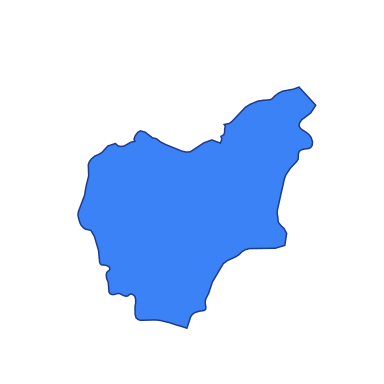 SVG path tracing the border of Brasov, rotated 293°
{"feature_id": "ROU-305", "entity_name": "Brasov", "entity_type": "County", "adm_level": 1, "iso_a3": "ROU", "parent_name": "Romania", "parent_adm1": "", "projection": "albers", "projection_center": [25.29, 45.778], "detail": "fine", "context": "isolated", "style": "filled", "palette": "blue", "viewbox_px": 384, "rotation_deg": 293, "n_neighbors": 0, "source": "natural_earth", "source_scale": "10m", "svg_char_len": 2002}
<svg xmlns="http://www.w3.org/2000/svg" viewBox="0 0 384 384"><g transform="rotate(293 192 192)"><path d="M202.3,280.9L198.5,282.8L197.1,284.5L195.5,287.9L194.5,290.8L190.9,295.3L179.2,298.3L172.8,290.7L162.3,266.9L159.5,263.4L156.4,261.2L153.4,260.1L150.0,258.0L142.9,251.5L138.3,248.8L117.1,245.9L105.3,246.9L99.6,246.5L97.3,246.7L95.0,247.5L91.6,249.7L89.3,250.4L87.8,249.6L86.5,247.6L85.0,245.1L82.0,241.6L79.6,240.2L76.6,239.5L64.6,240.5L64.2,234.9L63.6,230.8L63.0,222.9L61.5,213.8L60.7,210.6L59.5,207.3L53.7,194.6L53.6,191.8L54.5,189.5L57.4,187.3L64.3,184.3L67.8,183.5L71.1,182.1L73.7,180.1L74.6,177.2L74.2,175.4L72.9,174.3L71.6,173.7L70.4,172.4L70.0,170.6L70.0,168.3L70.3,165.3L69.5,163.2L67.0,160.1L66.3,158.5L66.4,156.3L67.6,154.6L76.1,150.2L79.0,147.2L82.3,145.4L84.5,145.0L86.1,145.5L87.5,146.4L88.8,146.5L90.4,145.6L91.0,143.0L90.8,140.9L89.6,137.3L90.0,135.7L91.3,134.4L101.8,128.7L113.1,119.4L117.2,113.9L116.1,108.2L116.7,105.9L118.0,103.1L119.8,100.9L124.1,97.4L126.6,95.9L129.4,95.1L146.8,94.4L156.3,92.2L166.4,90.6L176.8,85.8L180.0,85.7L183.1,86.5L187.1,88.5L190.2,91.5L193.1,93.6L201.5,96.6L206.7,102.5L205.5,106.2L206.1,108.6L207.7,111.5L213.9,116.2L216.4,119.7L218.1,117.9L221.8,117.8L225.7,118.8L228.1,120.6L228.8,125.4L226.4,134.6L227.0,137.3L227.0,139.3L225.8,143.0L225.4,149.1L225.7,166.9L226.5,171.1L228.3,174.7L241.7,183.6L247.7,189.9L248.1,199.0L251.6,198.9L253.0,198.3L254.5,196.9L257.2,198.9L259.9,198.6L262.6,197.5L265.6,196.9L266.7,195.2L269.7,199.6L273.0,201.4L290.8,208.0L295.5,211.3L301.3,217.0L304.3,221.8L307.3,227.7L309.2,229.3L313.0,230.8L316.6,232.9L320.3,236.1L326.3,245.2L330.4,249.5L320.2,272.0L311.2,270.4L301.0,264.6L296.8,264.0L294.3,265.0L292.8,267.3L292.1,270.4L291.6,273.4L290.7,276.9L288.9,280.2L285.2,283.4L281.9,284.4L279.3,283.9L277.6,282.4L275.1,278.1L273.7,276.3L271.3,274.8L269.0,275.0L263.7,276.9L260.9,276.4L252.7,273.3L244.6,271.7L240.2,271.9L207.9,277.8L205.4,278.8L202.3,280.9Z" fill="#3b82f6" stroke="#1e3a8a" stroke-width="1.5"/></g></svg>